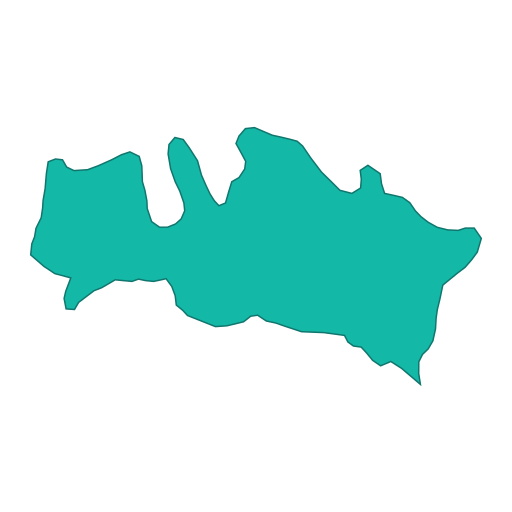 Mato Queimado, Rio Grande do Sul, Brazil (orthographic projection)
{"feature_id": "56859067B13122531384291", "entity_name": "Mato Queimado", "entity_type": "district", "adm_level": 2, "iso_a3": "BRA", "parent_name": "Brazil", "parent_adm1": "Rio Grande do Sul", "projection": "orthographic", "projection_center": [-54.664, -28.247], "detail": "fine", "context": "isolated", "style": "filled", "palette": "teal", "viewbox_px": 512, "rotation_deg": 0, "n_neighbors": 0, "source": "geoboundaries", "source_scale": "gbopen_adm2", "svg_char_len": 1894}
<svg xmlns="http://www.w3.org/2000/svg" viewBox="0 0 512 512"><path d="M420.4,384.4L418.7,373.4L418.8,361.8L422.5,354.4L428.2,348.9L432.9,340.8L435.5,329.0L436.1,318.3L437.3,309.7L440.0,298.6L442.8,285.1L457.2,273.3L465.1,267.3L471.7,259.7L477.3,252.1L481.3,238.4L474.2,228.1L465.2,228.1L458.2,230.4L447.7,229.9L437.2,227.3L428.1,222.2L420.9,216.6L415.4,210.9L409.8,202.7L402.4,197.4L394.7,195.6L384.6,193.4L381.5,183.7L380.2,173.7L367.9,165.3L360.2,170.4L361.3,179.2L360.6,188.0L351.9,193.4L339.9,190.3L331.6,182.0L321.5,172.1L310.7,157.9L302.6,146.0L297.1,141.2L289.7,139.2L281.3,137.2L272.2,135.2L261.0,130.4L254.5,127.6L245.4,128.6L239.0,136.0L236.0,143.5L241.9,154.2L245.7,161.4L244.7,169.0L239.0,177.6L231.8,181.7L228.7,191.8L225.5,203.0L218.9,205.7L214.2,200.6L210.0,193.9L206.0,185.5L201.5,175.2L197.5,160.7L189.1,147.6L183.2,139.5L174.9,137.5L169.0,144.5L168.1,153.9L170.6,168.6L175.2,181.7L179.8,191.1L183.9,203.0L184.7,210.8L181.2,218.9L175.5,224.0L167.5,227.2L159.5,227.2L151.6,221.6L147.2,208.5L146.9,201.0L144.9,190.3L142.4,181.7L141.8,165.8L139.2,156.4L129.9,151.9L121.5,154.7L111.4,159.9L98.1,165.8L87.6,169.7L74.0,170.6L66.7,167.1L62.5,159.8L55.5,159.0L48.2,161.8L46.4,173.4L45.1,188.8L43.1,200.3L42.6,208.1L41.2,217.7L36.0,228.3L34.6,236.7L31.8,243.9L30.7,254.9L44.1,266.5L54.8,273.6L70.8,277.9L65.7,291.4L64.1,298.5L66.1,308.9L74.5,309.5L78.6,302.4L87.3,295.8L94.0,290.7L101.7,287.7L108.6,283.7L115.2,279.8L123.3,280.6L132.0,281.4L138.5,279.1L145.6,280.6L153.6,281.4L159.9,280.1L166.1,278.7L171.8,286.5L175.2,295.7L176.3,305.1L182.6,310.2L187.5,315.5L193.5,317.9L215.4,326.6L226.9,325.8L243.6,321.8L250.7,316.2L257.6,315.2L266.3,321.0L275.7,323.0L285.2,326.3L294.6,329.4L301.5,331.7L323.9,332.6L344.5,335.4L347.9,342.0L353.4,346.0L361.2,347.1L366.7,353.1L372.6,360.3L380.6,365.8L390.8,361.5L401.5,368.3L420.4,384.4Z" fill="#14b8a6" stroke="#0f766e" stroke-width="1.5"/></svg>